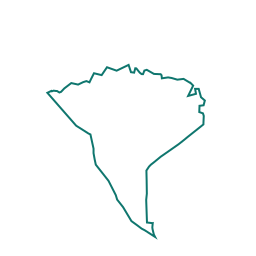 outline of Santa María Jaltianguis, Oaxaca, Mexico, rotated 126°
{"feature_id": "50627088B4458408307451", "entity_name": "Santa María Jaltianguis", "entity_type": "district", "adm_level": 2, "iso_a3": "MEX", "parent_name": "Mexico", "parent_adm1": "Oaxaca", "projection": "albers", "projection_center": [-96.545, 17.361], "detail": "fine", "context": "isolated", "style": "outline", "palette": "teal", "viewbox_px": 256, "rotation_deg": 126, "n_neighbors": 0, "source": "geoboundaries", "source_scale": "gbopen_adm2", "svg_char_len": 1189}
<svg xmlns="http://www.w3.org/2000/svg" viewBox="0 0 256 256"><g transform="rotate(126 128 128)"><path d="M54.6,105.0L54.9,103.8L55.6,111.9L59.9,116.5L61.9,122.1L63.5,125.3L67.9,129.8L65.6,131.9L65.3,133.2L69.0,138.8L69.5,143.4L69.9,147.0L71.9,148.5L75.6,147.5L76.4,148.7L76.3,151.1L74.9,156.3L75.4,157.2L79.6,155.6L81.1,158.4L76.6,164.6L88.3,170.9L91.2,180.7L100.7,180.4L103.7,187.7L110.0,186.7L113.7,186.0L114.5,189.2L117.2,191.2L122.2,193.9L125.0,200.3L133.4,202.8L138.1,203.4L139.6,204.4L139.8,207.2L140.4,208.0L141.5,210.1L143.1,211.2L143.0,211.8L146.9,213.9L156.6,171.3L155.7,156.8L155.3,154.6L165.0,143.7L168.6,141.1L173.1,136.4L176.6,132.5L182.2,112.7L189.5,98.4L192.3,94.7L194.9,85.5L201.3,70.5L201.3,63.3L201.4,57.8L200.9,54.4L200.2,42.1L199.3,43.9L198.8,44.7L198.3,45.3L195.4,48.7L194.1,49.9L190.4,52.1L190.6,52.3L193.3,57.1L175.5,71.0L170.0,74.2L159.2,82.3L151.6,88.1L146.8,88.3L144.1,87.9L141.0,87.0L131.8,84.6L128.7,83.5L111.3,77.5L105.3,75.8L100.3,74.5L80.8,69.1L77.8,71.1L73.7,73.8L72.8,75.0L72.1,76.0L73.2,79.7L68.0,83.2L65.2,80.2L60.6,82.0L60.2,87.0L54.8,93.8L56.9,96.7L60.4,93.1L66.7,98.2L55.4,100.2L54.6,105.0Z" fill="none" stroke="#0f766e" stroke-width="2"/></g></svg>